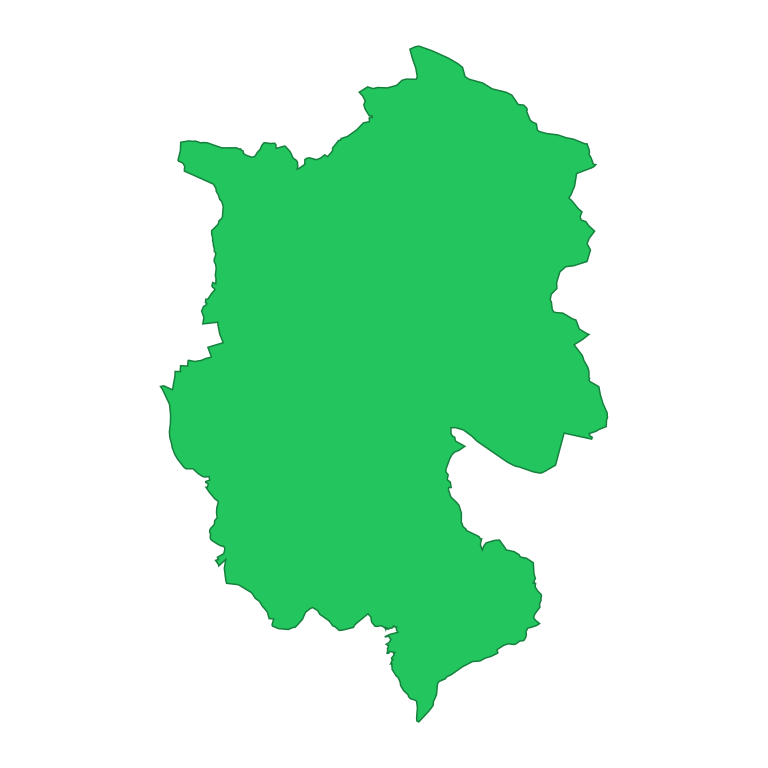 the district of Ilia, Hunedoara, Romania
{"feature_id": "2599482B21217302662238", "entity_name": "Ilia", "entity_type": "district", "adm_level": 2, "iso_a3": "ROU", "parent_name": "Romania", "parent_adm1": "Hunedoara", "projection": "equal_earth", "projection_center": [22.679, 45.938], "detail": "fine", "context": "isolated", "style": "filled", "palette": "green", "viewbox_px": 768, "rotation_deg": 0, "n_neighbors": 0, "source": "geoboundaries", "source_scale": "gbopen_adm2", "svg_char_len": 6106}
<svg xmlns="http://www.w3.org/2000/svg" viewBox="0 0 768 768"><path d="M555.5,465.2L564.1,433.1L591.6,439.1L592.3,437.3L590.0,435.9L589.2,433.6L596.0,431.3L598.7,429.6L606.2,426.6L606.6,419.5L607.5,418.0L607.1,412.7L603.1,403.9L600.4,395.0L598.8,386.7L590.0,381.6L588.9,380.0L589.6,378.7L588.6,376.8L589.0,376.0L588.9,371.1L587.8,367.3L584.0,360.7L582.3,355.5L574.1,344.8L582.2,339.7L589.0,334.4L586.9,333.7L579.3,329.0L575.9,320.0L572.4,318.8L562.8,313.1L556.0,312.6L553.7,311.9L552.2,309.2L551.4,302.1L550.2,299.8L551.2,294.3L556.9,288.5L556.6,282.6L559.9,271.9L565.7,266.7L573.5,265.8L587.0,261.5L590.5,250.0L587.1,243.7L589.1,238.5L594.6,231.2L588.5,225.5L585.8,221.6L581.0,219.9L580.2,216.3L582.0,211.9L578.3,208.7L571.5,200.4L568.8,198.0L570.9,195.0L574.6,186.0L576.6,173.5L592.0,167.7L593.8,166.7L595.8,164.7L593.9,164.4L593.1,163.6L591.2,158.1L588.9,154.1L589.5,152.2L589.1,149.8L587.0,143.8L584.9,143.8L573.6,139.2L566.4,137.8L557.8,134.9L546.4,133.5L539.3,131.5L537.4,130.1L536.3,123.8L532.5,122.1L530.1,120.0L526.7,111.5L527.2,109.6L526.7,108.1L523.7,105.1L518.2,104.5L511.9,95.2L506.2,92.3L492.3,88.9L482.7,83.0L469.0,79.2L465.0,76.6L462.6,67.5L458.2,63.9L448.3,58.1L431.4,50.5L418.8,46.1L415.2,46.8L409.9,49.2L412.4,58.4L415.8,68.1L417.3,76.9L416.0,79.3L406.3,79.1L402.0,80.3L396.6,85.4L387.3,87.9L377.6,87.5L373.1,88.6L367.6,86.9L359.2,92.2L362.8,96.1L365.3,101.1L363.8,104.7L365.2,109.2L369.5,116.1L372.1,115.8L372.4,117.4L369.2,118.0L369.5,121.6L363.3,123.0L356.8,129.8L347.4,136.5L341.2,138.5L340.3,140.3L338.7,140.4L332.6,148.0L332.5,151.0L327.5,156.7L324.8,154.8L320.7,158.0L316.6,159.7L309.3,157.8L306.7,158.3L304.9,159.5L304.8,164.3L298.8,168.6L297.2,169.1L297.8,167.1L297.4,162.0L296.3,160.3L293.1,158.1L290.3,151.9L285.9,146.9L284.8,146.0L276.5,148.3L275.9,147.9L276.0,144.9L274.8,143.3L274.1,143.2L270.8,143.5L264.1,142.7L261.9,145.3L260.2,149.4L257.6,152.0L255.3,155.7L254.4,156.6L251.5,157.2L245.4,154.9L243.6,153.5L243.1,151.1L240.4,149.5L240.5,148.9L238.9,149.0L236.3,147.8L221.9,147.9L207.3,142.8L202.7,142.5L201.4,143.0L195.2,141.0L193.4,141.4L188.7,140.9L180.7,142.3L180.4,150.6L178.0,160.2L178.8,161.3L181.7,162.4L183.4,163.8L184.9,166.9L184.4,168.4L184.4,171.1L213.5,184.2L215.9,188.4L216.3,191.5L218.2,194.6L219.8,199.5L221.7,201.5L223.2,206.5L222.4,217.1L221.2,219.0L219.1,220.6L218.1,224.3L211.6,230.7L211.7,234.5L212.5,236.9L212.7,241.4L213.4,243.2L213.3,245.1L214.3,248.8L214.3,251.5L215.8,253.0L215.4,256.0L214.2,259.1L214.2,261.6L215.6,264.5L216.2,268.4L215.3,275.5L216.0,278.4L215.8,283.8L212.7,282.5L211.9,285.9L212.8,287.4L214.4,288.6L214.9,289.8L212.0,292.9L207.8,299.2L205.9,299.2L205.4,302.4L206.9,303.8L205.3,305.7L203.6,306.3L201.6,311.1L203.9,317.4L202.8,323.9L217.9,322.2L217.9,324.7L219.7,333.9L223.2,342.7L207.9,347.3L211.3,356.6L211.0,357.2L205.7,358.5L201.3,360.4L194.8,361.5L188.5,360.3L188.1,360.7L187.6,366.1L180.6,365.7L180.2,371.1L181.4,371.5L175.1,371.5L175.0,375.7L172.5,389.8L163.7,385.8L160.5,386.5L162.6,389.6L169.5,404.3L170.6,414.9L170.4,423.6L169.4,431.8L169.8,437.4L171.8,444.6L172.2,447.6L174.9,454.6L177.6,459.1L183.9,467.2L186.1,468.8L193.0,468.8L198.3,473.7L202.6,476.5L204.7,477.0L209.0,476.6L209.8,480.1L205.7,481.5L205.7,482.4L208.1,483.7L208.2,484.3L207.3,487.3L206.0,487.3L209.3,492.2L215.1,499.1L217.9,501.0L218.2,502.4L216.8,507.8L216.5,512.5L217.2,517.8L214.8,520.4L214.2,524.7L210.8,528.2L209.7,530.2L209.7,532.1L210.7,534.9L210.2,536.3L210.5,539.0L211.7,540.3L216.7,543.6L220.9,545.9L223.7,546.3L224.7,548.3L224.9,549.2L223.7,553.7L217.4,557.3L218.4,559.3L215.6,560.4L218.5,564.6L218.8,565.9L225.8,559.4L224.3,568.4L225.8,580.3L226.6,583.3L238.4,584.7L251.6,592.7L255.4,598.4L259.4,601.3L262.5,606.3L267.3,611.9L269.1,618.6L273.7,619.0L272.2,624.0L272.1,625.4L272.6,626.2L278.6,628.6L288.3,629.5L292.4,627.7L295.3,627.2L302.3,619.6L305.5,612.3L310.5,608.4L312.7,607.6L317.7,610.6L319.9,614.4L328.2,620.2L330.0,621.9L332.7,625.8L335.3,626.9L339.2,630.4L343.1,630.0L353.4,627.4L354.7,625.0L356.4,623.4L368.0,613.8L371.2,617.5L371.0,619.2L371.9,622.5L375.0,626.2L377.5,626.4L380.4,625.7L382.9,626.4L384.7,627.9L385.1,627.5L385.8,629.5L386.3,627.8L387.3,628.0L387.4,629.0L388.3,629.1L390.7,627.8L391.5,628.2L392.8,627.6L393.2,626.2L393.9,625.8L395.2,627.2L396.6,627.0L396.3,629.4L397.8,632.4L390.4,634.2L385.3,636.5L385.4,636.9L388.6,636.2L390.9,639.7L389.0,642.6L386.2,644.3L388.6,645.8L387.4,649.0L387.8,649.6L387.1,653.3L388.7,653.2L390.0,651.5L394.8,652.5L393.6,653.5L394.1,654.9L391.5,658.1L391.9,659.5L393.6,659.3L392.3,660.1L390.6,663.9L391.7,663.6L392.2,669.6L396.5,676.3L398.0,677.3L400.2,682.2L400.6,685.6L403.8,690.8L408.1,694.8L408.6,696.7L410.4,698.7L415.0,700.1L416.6,701.3L417.4,707.7L416.6,718.1L416.9,721.0L418.8,721.9L428.6,711.4L432.5,706.4L433.3,704.8L433.4,701.7L436.5,694.8L437.4,684.6L438.2,682.4L439.3,681.4L445.5,678.7L446.7,676.8L451.2,674.7L462.4,666.8L472.6,661.5L479.9,661.0L485.5,658.0L490.8,656.5L497.4,653.3L497.9,652.7L496.9,650.4L497.8,649.1L503.8,645.3L508.2,643.8L514.2,644.5L516.6,643.5L519.6,641.1L523.7,640.6L525.7,637.6L526.4,634.2L525.9,631.6L528.2,627.8L530.7,627.5L536.6,625.5L539.6,623.6L535.3,620.1L533.6,617.6L534.8,614.0L539.9,607.3L539.5,604.0L541.1,600.1L540.9,598.3L541.5,595.9L541.0,594.4L537.5,590.7L535.5,587.4L535.1,586.5L535.6,583.4L533.3,583.0L534.3,581.9L534.1,580.7L535.4,578.7L533.9,573.4L533.3,562.7L526.4,558.2L520.4,557.1L519.0,554.6L514.2,551.7L505.9,549.8L505.3,548.2L499.4,540.0L494.1,540.5L486.1,542.9L483.8,546.0L482.3,550.0L480.5,545.2L480.5,543.3L481.6,539.0L480.8,539.3L478.8,536.5L466.4,530.5L466.1,529.2L463.3,526.8L462.4,525.2L462.3,523.7L461.3,522.7L461.4,513.2L459.0,505.4L456.6,502.4L450.8,496.9L448.4,489.5L448.8,487.5L451.2,487.5L450.2,481.9L447.5,480.0L447.3,478.8L448.2,474.9L446.1,472.2L445.8,469.6L449.7,458.9L452.1,454.5L454.8,452.0L458.9,450.4L464.9,446.3L455.8,441.3L455.1,439.8L454.8,437.3L452.7,436.2L450.7,433.3L451.0,432.9L450.9,427.8L455.5,427.6L463.5,430.0L471.7,436.0L477.3,441.4L507.6,462.3L515.4,466.2L518.8,466.8L533.1,471.8L539.9,473.1L541.9,472.8L545.1,471.2L555.5,465.2Z" fill="#22c55e" stroke="#15803d" stroke-width="1.5"/></svg>